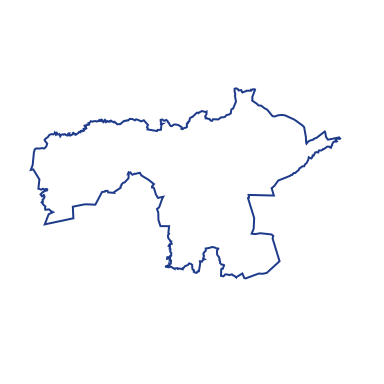 Ixtlán del Río, Nayarit, Mexico, rotated 260°
{"feature_id": "50627088B6071095399846", "entity_name": "Ixtlán del Río", "entity_type": "district", "adm_level": 2, "iso_a3": "MEX", "parent_name": "Mexico", "parent_adm1": "Nayarit", "projection": "robinson", "projection_center": [-104.302, 21.029], "detail": "fine", "context": "isolated", "style": "outline", "palette": "blue", "viewbox_px": 384, "rotation_deg": 260, "n_neighbors": 0, "source": "geoboundaries", "source_scale": "gbopen_adm2", "svg_char_len": 6036}
<svg xmlns="http://www.w3.org/2000/svg" viewBox="0 0 384 384"><g transform="rotate(260 192 192)"><path d="M272.8,65.6L273.4,63.4L273.1,61.8L272.5,60.8L271.3,59.9L270.0,57.2L269.0,55.9L267.9,56.1L264.8,57.8L262.3,56.5L261.0,54.9L260.5,54.0L261.2,52.3L261.3,48.9L262.0,46.2L261.2,44.5L258.5,43.2L246.3,39.8L241.7,37.1L241.8,39.6L230.9,43.9L221.9,41.3L220.5,44.1L221.1,45.8L219.9,47.0L220.4,48.7L220.2,49.5L219.5,49.9L218.6,49.2L218.9,48.4L217.7,44.8L215.9,42.4L213.7,43.6L214.8,45.5L213.2,46.0L211.7,45.3L210.1,43.4L209.0,43.6L207.9,42.2L207.2,43.1L206.7,42.8L205.6,43.2L203.2,45.1L201.4,44.4L200.0,44.5L199.7,48.2L197.5,49.9L196.3,51.6L195.0,47.0L185.7,41.4L186.7,70.6L198.2,72.1L198.5,83.5L198.2,86.0L196.3,94.6L207.6,103.4L207.5,106.2L208.1,106.8L207.8,109.0L206.2,109.3L204.7,115.0L205.1,114.8L205.7,115.8L208.5,122.4L209.7,122.5L210.6,123.6L211.6,123.8L213.1,125.9L213.1,127.3L216.6,131.9L221.0,132.8L220.9,132.1L222.4,133.0L222.0,133.5L222.0,134.8L220.2,135.5L219.3,136.5L220.0,138.7L219.7,139.2L220.0,144.0L217.1,145.0L211.8,151.1L206.4,155.9L205.2,154.3L204.2,153.5L203.4,153.4L203.1,154.9L202.0,155.3L196.0,156.0L192.1,157.4L192.3,162.8L190.4,161.4L182.5,156.9L181.4,154.6L177.6,155.2L170.3,154.1L163.9,155.0L162.3,163.5L155.7,161.6L154.9,162.2L153.5,160.8L152.4,160.6L150.6,160.7L148.6,161.8L147.1,162.1L146.9,163.0L145.9,162.7L144.6,163.0L144.6,162.4L143.9,161.6L144.4,160.9L142.8,159.6L142.1,160.8L140.4,160.3L140.5,160.7L139.4,160.9L137.3,160.1L135.6,161.0L132.9,160.4L133.0,159.5L132.6,160.3L132.9,159.4L132.1,158.5L131.4,160.0L132.0,158.3L131.8,157.7L132.1,156.4L130.5,155.9L130.5,157.5L130.1,158.3L131.0,158.6L130.0,158.5L131.0,158.8L130.9,159.0L129.8,158.6L129.0,158.9L128.2,158.2L127.9,159.4L125.3,158.7L125.6,157.2L124.4,157.5L124.0,157.1L123.8,155.3L123.3,153.3L122.9,153.3L121.9,156.0L122.2,158.1L119.2,161.6L119.7,161.8L119.5,164.6L118.7,164.7L118.8,166.5L117.5,169.5L118.7,169.8L118.9,170.8L120.2,172.2L120.8,175.2L122.2,176.9L121.2,178.6L120.2,179.5L117.3,179.1L115.4,179.2L114.9,180.2L113.7,180.3L113.1,179.9L112.0,181.2L111.6,182.7L112.5,183.4L112.6,184.4L113.1,184.6L112.9,185.1L120.4,187.7L122.4,187.7L122.3,188.6L121.7,189.8L123.4,191.1L123.6,192.7L124.8,191.5L127.1,192.8L128.4,192.3L129.2,192.5L130.8,193.7L131.3,194.9L132.3,195.5L134.0,195.7L133.9,198.5L134.3,202.5L133.2,205.1L131.8,206.8L132.0,207.7L131.7,208.0L129.6,206.3L125.8,205.9L123.0,207.3L120.5,207.5L120.1,207.1L118.7,207.6L117.2,207.3L115.5,208.4L114.8,210.5L114.3,210.9L111.1,209.0L111.4,208.2L110.9,207.4L104.4,206.0L103.5,208.3L105.1,210.5L104.7,212.3L103.7,214.3L104.0,217.0L103.0,217.6L102.1,219.2L100.1,220.7L100.5,221.0L103.0,227.4L98.2,228.6L97.6,229.8L100.1,243.6L99.2,247.3L99.3,251.5L108.6,266.2L132.2,263.3L134.7,264.4L136.4,262.9L139.5,252.3L139.6,246.7L140.6,243.5L145.2,246.4L155.6,248.7L176.3,246.1L176.6,247.2L179.3,247.2L174.3,272.0L181.9,271.1L183.8,274.3L188.3,278.9L190.9,291.5L191.4,292.1L191.5,293.8L192.6,294.7L193.0,295.8L192.7,296.7L195.2,301.0L196.7,302.0L197.1,303.4L197.8,304.3L198.1,305.6L197.9,307.0L199.4,307.9L200.6,309.8L203.3,312.0L205.9,313.0L204.3,315.3L205.1,316.3L207.1,317.2L206.7,318.1L209.5,320.2L209.7,321.5L209.0,323.2L210.8,324.1L210.5,326.6L211.0,328.1L211.5,328.4L211.5,329.7L213.2,333.0L212.7,335.3L211.7,335.9L211.4,336.5L213.2,337.5L213.7,338.1L214.5,338.2L216.7,340.0L216.9,341.1L216.5,342.8L216.8,343.5L218.2,342.6L219.5,344.1L218.7,346.1L218.7,346.6L219.3,346.6L219.3,346.9L220.2,346.4L219.9,335.0L222.8,333.6L227.8,333.5L228.5,333.2L223.8,324.2L223.2,321.2L222.5,320.6L222.3,317.9L221.6,315.3L219.7,313.2L220.7,313.0L226.5,313.7L236.4,313.7L238.5,312.2L245.5,305.4L251.4,296.8L252.3,293.6L252.6,290.4L252.0,286.6L252.7,284.5L260.1,280.3L262.0,277.8L264.9,275.3L265.9,272.2L267.3,271.5L271.6,267.1L273.3,267.8L274.7,267.7L281.9,271.9L282.3,271.5L282.6,269.2L281.5,268.1L281.7,267.5L282.2,267.3L281.7,266.6L282.3,263.2L282.0,262.9L281.3,259.0L281.7,258.6L283.8,258.2L283.9,255.6L285.2,255.1L286.4,253.6L286.3,251.9L283.6,251.4L280.6,251.6L279.3,251.0L273.4,251.0L267.1,247.0L266.5,245.1L262.6,243.8L261.9,241.8L261.7,239.2L260.5,237.9L260.1,236.4L260.5,233.6L258.9,230.6L260.0,225.3L258.6,224.1L258.6,223.7L259.3,222.6L260.8,222.0L261.4,220.3L261.9,219.8L262.1,218.4L262.9,218.7L263.5,218.1L264.1,218.1L266.4,219.9L268.7,220.3L268.4,219.2L270.0,215.9L269.2,213.2L268.5,212.1L269.0,211.7L269.2,210.5L265.8,205.4L265.9,205.0L265.2,203.0L262.9,201.8L262.5,201.9L261.2,199.7L260.6,199.3L260.4,199.7L259.7,198.6L257.0,198.4L256.3,196.9L256.5,195.5L255.5,193.6L256.1,192.5L257.7,193.1L260.5,189.9L261.5,187.0L261.4,185.5L260.4,183.6L260.6,182.6L262.0,181.7L264.0,181.3L264.8,180.5L266.4,180.2L267.5,179.0L266.9,177.8L267.2,176.6L268.5,175.4L268.5,173.7L266.8,173.4L266.1,173.8L264.4,173.2L264.2,174.8L263.7,173.6L258.7,172.2L259.1,168.9L258.1,168.1L261.4,159.0L262.6,159.5L263.7,158.9L265.6,160.3L271.0,157.0L270.4,154.0L271.9,152.2L273.3,149.6L272.5,148.3L274.2,145.9L274.8,143.4L273.6,141.7L273.9,141.2L273.5,140.1L273.9,138.9L273.5,138.1L273.8,137.4L271.3,133.1L271.7,130.1L274.2,128.3L274.6,127.8L274.1,127.1L275.0,126.3L275.2,125.5L276.4,124.6L276.2,123.5L275.5,123.2L275.6,122.1L276.5,121.3L275.7,119.2L276.4,119.0L277.3,119.4L278.2,118.8L277.8,118.1L276.2,116.9L277.3,115.8L278.7,115.8L279.1,115.3L278.8,114.6L277.9,114.5L277.8,113.7L277.9,113.3L278.7,113.6L279.0,113.2L278.1,111.9L278.0,110.2L278.5,109.6L278.8,107.5L278.5,106.2L279.3,104.7L277.8,103.0L277.8,102.1L276.3,102.4L276.1,102.1L276.6,100.4L276.1,100.1L276.0,97.7L275.5,97.8L275.1,98.9L274.2,98.6L273.1,99.0L272.6,98.1L273.3,97.5L273.0,96.2L271.2,96.3L270.9,94.6L271.5,94.2L271.5,93.1L270.2,92.5L270.8,91.2L270.0,90.6L268.5,87.3L268.7,87.0L269.4,87.0L269.7,86.1L270.8,85.6L270.7,84.9L269.5,84.5L268.7,81.8L269.0,81.4L269.8,81.3L270.0,80.6L271.0,81.4L271.1,80.7L271.0,80.2L269.9,80.0L269.2,79.4L269.7,78.2L271.1,76.8L270.7,75.6L271.3,74.9L271.1,73.2L269.7,71.9L272.0,71.4L271.8,70.9L272.2,69.5L272.0,68.4L273.5,69.2L273.9,69.0L273.3,67.6L274.3,67.2L273.3,66.6L272.8,65.6Z" fill="none" stroke="#1e3a8a" stroke-width="2"/></g></svg>